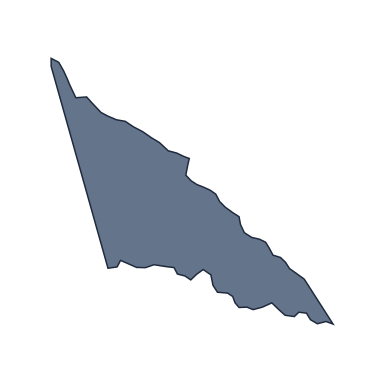 the district of Serra Grande, Paraíba, Brazil, rotated 277°
{"feature_id": "56859067B11352872450109", "entity_name": "Serra Grande", "entity_type": "district", "adm_level": 2, "iso_a3": "BRA", "parent_name": "Brazil", "parent_adm1": "Paraíba", "projection": "orthographic", "projection_center": [-38.383, -7.238], "detail": "fine", "context": "isolated", "style": "filled", "palette": "slate", "viewbox_px": 384, "rotation_deg": 277, "n_neighbors": 0, "source": "geoboundaries", "source_scale": "gbopen_adm2", "svg_char_len": 1100}
<svg xmlns="http://www.w3.org/2000/svg" viewBox="0 0 384 384"><g transform="rotate(277 192 192)"><path d="M78.1,348.1L119.2,314.0L123.4,306.4L127.9,298.1L133.6,293.4L137.8,287.8L139.2,280.1L145.4,275.7L151.1,271.2L153.4,264.7L154.2,256.8L158.0,248.9L165.6,244.1L173.2,241.7L176.6,234.7L181.0,226.8L185.9,220.6L192.8,215.8L196.0,209.8L198.1,203.2L200.0,195.9L203.0,189.8L208.0,183.8L217.9,184.5L224.9,185.2L226.4,179.1L228.8,172.1L230.0,163.4L237.0,153.8L241.0,144.9L245.8,135.8L249.6,125.8L254.0,117.2L254.5,108.1L257.2,98.8L259.9,91.9L268.2,81.9L273.5,75.8L271.4,65.2L283.4,57.6L288.9,54.5L296.6,49.8L304.5,43.9L307.5,35.9L299.5,36.9L185.9,84.5L106.1,117.9L108.5,126.8L115.4,129.4L112.7,138.5L110.4,146.2L111.2,154.9L115.2,163.2L114.8,174.5L114.8,183.4L108.8,187.5L107.8,195.2L104.6,201.5L110.8,206.5L116.4,212.5L112.1,220.8L101.9,224.2L95.6,229.5L96.0,239.5L93.3,245.1L87.3,248.2L83.1,252.8L84.4,260.5L82.7,267.0L86.3,275.9L91.7,284.7L85.7,292.7L81.0,299.4L80.8,308.7L85.7,312.7L85.7,320.4L79.7,325.1L76.5,332.5L79.8,340.8L78.1,348.1Z" fill="#64748b" stroke="#1e293b" stroke-width="1.5"/></g></svg>